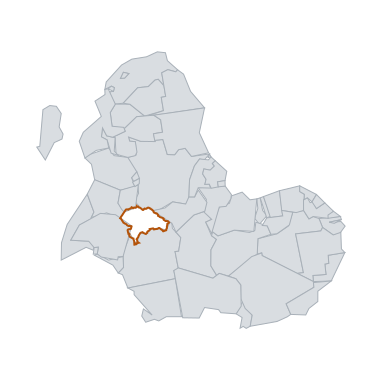 South Sudan highlighted on a map of Africa, rotated 169°
{"feature_id": "SSD", "entity_name": "South Sudan", "entity_type": "country or territory", "adm_level": 0, "iso_a3": "SSD", "parent_name": "Africa", "parent_adm1": "", "projection": "albers", "projection_center": [30.346, 7.857], "detail": "fine", "context": "in_parent", "style": "outline", "palette": "amber", "viewbox_px": 384, "rotation_deg": 169, "n_neighbors": 49, "source": "natural_earth", "source_scale": "50m", "svg_char_len": 13292}
<svg xmlns="http://www.w3.org/2000/svg" viewBox="0 0 384 384"><g transform="rotate(169 192 192)"><path d="M262.0,207.4L285.2,222.6L285.4,238.4L290.6,245.8L287.1,248.2L265.3,251.1L261.6,242.6L248.4,238.2L243.5,230.7L242.3,222.3L248.5,217.5L247.0,208.2L262.0,207.4Z" fill="#d9dde1" stroke="#a8b0b8" stroke-width="1"/><path d="M89.9,80.9L89.3,87.0L76.2,85.5L75.3,95.9L71.4,95.9L70.4,103.9L53.5,103.4L72.3,78.1L89.9,80.9Z" fill="#d9dde1" stroke="#a8b0b8" stroke-width="1"/><path d="M242.3,222.3L248.4,238.2L239.7,239.0L238.0,252.2L243.5,253.8L243.8,258.1L232.7,251.5L210.6,249.1L209.1,233.5L201.9,231.9L197.1,236.1L190.4,236.2L185.7,227.0L167.6,226.0L174.0,220.9L178.2,223.0L184.6,217.2L192.1,204.4L196.5,184.9L200.5,181.4L212.9,186.0L226.8,181.0L234.1,181.1L238.6,185.2L244.0,183.9L250.3,194.1L244.7,200.9L242.3,222.3Z" fill="#d9dde1" stroke="#a8b0b8" stroke-width="1"/><path d="M295.2,209.9L292.1,191.0L296.8,184.7L308.8,181.1L320.2,167.8L302.8,163.4L297.9,157.6L300.2,153.8L306.5,157.9L333.4,150.1L329.8,167.1L320.7,184.0L295.2,209.9Z" fill="#d9dde1" stroke="#a8b0b8" stroke-width="1"/><path d="M285.2,222.6L262.0,207.4L266.8,195.2L262.3,185.3L267.7,179.9L279.8,187.8L295.7,186.1L292.1,191.0L295.2,209.9L285.2,222.6Z" fill="#d9dde1" stroke="#a8b0b8" stroke-width="1"/><path d="M222.4,168.2L219.2,166.3L217.7,165.1L218.2,160.2L211.7,149.4L216.4,136.4L220.0,136.8L220.1,118.3L224.8,118.4L224.9,110.1L273.3,110.0L276.0,124.1L279.9,126.6L273.6,131.1L271.4,145.5L263.1,158.1L262.0,166.4L256.7,151.2L250.9,161.6L245.2,159.6L240.9,163.4L231.6,163.0L224.6,159.5L219.5,166.5L222.4,168.2Z" fill="#d9dde1" stroke="#a8b0b8" stroke-width="1"/><path d="M220.0,120.1L220.0,136.8L216.4,136.4L211.7,149.4L215.4,155.7L194.5,169.1L183.1,170.7L177.9,161.4L184.3,159.8L181.2,145.4L177.0,140.8L184.4,131.6L187.6,115.9L183.7,105.5L187.9,103.4L220.0,120.1Z" fill="#d9dde1" stroke="#a8b0b8" stroke-width="1"/><path d="M182.8,314.7L185.0,313.1L192.4,316.7L199.0,314.8L199.3,301.6L203.7,309.1L207.0,308.9L214.8,303.8L225.5,304.7L242.6,292.3L250.5,292.9L253.9,300.7L253.5,306.1L249.9,305.7L248.3,309.3L251.0,311.3L258.0,309.3L255.2,316.4L236.9,330.1L225.7,333.9L210.9,333.4L199.3,336.2L191.5,333.8L191.1,325.6L182.8,314.7ZM240.5,317.1L236.3,316.7L231.4,320.3L236.5,322.6L240.5,317.1Z" fill="#d9dde1" stroke="#a8b0b8" stroke-width="1"/><path d="M240.5,317.1L236.5,322.6L231.4,320.3L236.3,316.7L240.5,317.1Z" fill="#d9dde1" stroke="#a8b0b8" stroke-width="1"/><path d="M250.5,292.9L236.2,290.0L224.0,275.6L231.9,276.5L246.4,267.1L257.9,271.8L257.1,285.6L250.5,292.9Z" fill="#d9dde1" stroke="#a8b0b8" stroke-width="1"/><path d="M242.6,292.3L225.5,304.7L214.8,303.8L207.0,308.9L203.7,309.1L199.3,301.6L199.6,290.8L204.1,290.8L204.5,277.3L224.0,275.6L236.2,290.0L242.6,292.3Z" fill="#d9dde1" stroke="#a8b0b8" stroke-width="1"/><path d="M199.6,290.8L199.0,314.8L192.4,316.7L185.0,313.1L182.8,314.7L177.8,309.3L174.2,291.0L163.6,272.2L223.2,275.0L204.5,277.3L204.1,290.8L199.6,290.8Z" fill="#d9dde1" stroke="#a8b0b8" stroke-width="1"/><path d="M51.4,134.6L48.2,129.3L55.2,122.8L61.6,122.9L70.6,132.3L72.4,141.7L51.0,139.7L50.6,136.4L63.2,136.2L51.4,134.6Z" fill="#d9dde1" stroke="#a8b0b8" stroke-width="1"/><path d="M72.4,141.7L70.6,132.3L73.0,129.2L98.3,131.1L98.0,91.6L104.2,92.0L135.3,116.2L135.2,118.9L139.8,118.7L136.2,133.6L116.6,134.8L103.9,140.2L97.0,152.9L86.0,152.6L82.3,143.3L77.8,144.8L72.4,141.7Z" fill="#d9dde1" stroke="#a8b0b8" stroke-width="1"/><path d="M53.5,103.4L70.4,103.9L71.4,95.9L75.3,95.9L76.2,85.5L89.3,87.0L89.9,80.9L104.2,92.0L98.0,91.6L98.3,131.1L73.0,129.2L70.6,132.3L61.6,122.9L53.6,124.0L56.2,107.6L53.5,103.4Z" fill="#d9dde1" stroke="#a8b0b8" stroke-width="1"/><path d="M129.7,172.9L126.2,173.2L126.2,160.4L122.9,154.5L132.0,147.5L135.6,154.2L130.5,163.4L129.7,172.9Z" fill="#d9dde1" stroke="#a8b0b8" stroke-width="1"/><path d="M183.7,105.5L187.6,115.9L184.4,131.6L177.0,140.8L181.2,145.4L179.3,148.9L174.9,144.0L157.9,146.5L143.3,141.3L137.6,142.4L135.1,150.2L124.6,144.4L122.6,135.4L136.2,133.6L139.8,118.7L172.2,102.5L180.8,106.9L183.7,105.5Z" fill="#d9dde1" stroke="#a8b0b8" stroke-width="1"/><path d="M129.7,172.9L138.8,141.5L157.9,146.5L174.9,144.0L180.9,150.7L168.1,172.0L157.4,173.8L153.9,180.7L142.8,182.3L136.6,173.3L129.7,172.9Z" fill="#d9dde1" stroke="#a8b0b8" stroke-width="1"/><path d="M180.7,147.4L184.3,159.8L177.9,161.4L183.8,169.6L179.3,182.0L185.1,195.0L158.3,191.5L153.8,181.9L155.2,177.8L161.3,171.4L168.1,172.0L180.7,147.4Z" fill="#d9dde1" stroke="#a8b0b8" stroke-width="1"/><path d="M123.6,152.3L126.2,173.2L122.7,173.9L119.5,153.2L123.6,152.3Z" fill="#d9dde1" stroke="#a8b0b8" stroke-width="1"/><path d="M119.9,151.9L122.7,173.9L105.9,176.6L107.5,151.2L119.9,151.9Z" fill="#d9dde1" stroke="#a8b0b8" stroke-width="1"/><path d="M86.0,152.6L93.7,151.9L107.5,156.8L105.9,176.6L85.1,177.5L86.2,171.9L82.1,168.3L86.0,152.6Z" fill="#d9dde1" stroke="#a8b0b8" stroke-width="1"/><path d="M63.4,140.2L77.8,144.8L82.3,143.3L86.0,152.6L84.0,163.2L79.9,164.4L78.1,159.0L74.9,159.5L73.0,152.0L63.7,156.0L56.8,146.1L63.4,140.2Z" fill="#d9dde1" stroke="#a8b0b8" stroke-width="1"/><path d="M51.0,139.7L63.4,140.2L62.9,143.4L56.8,146.1L51.0,139.7Z" fill="#d9dde1" stroke="#a8b0b8" stroke-width="1"/><path d="M83.3,163.1L82.1,168.3L86.2,171.9L85.1,177.5L70.3,165.8L76.1,159.4L79.9,164.4L83.3,163.1Z" fill="#d9dde1" stroke="#a8b0b8" stroke-width="1"/><path d="M63.7,156.0L73.0,152.0L76.1,159.4L70.3,165.8L63.7,156.0Z" fill="#d9dde1" stroke="#a8b0b8" stroke-width="1"/><path d="M97.0,152.9L102.7,141.1L116.6,134.8L122.6,135.4L124.6,144.4L129.4,145.7L123.6,152.3L107.5,151.2L107.5,156.8L97.0,152.9Z" fill="#d9dde1" stroke="#a8b0b8" stroke-width="1"/><path d="M234.1,181.1L221.5,181.5L212.9,186.0L200.5,181.4L196.0,187.8L190.4,186.7L185.5,192.7L179.3,179.0L183.1,170.7L194.5,169.1L215.4,155.7L217.7,165.1L234.1,181.1Z" fill="#d9dde1" stroke="#a8b0b8" stroke-width="1"/><path d="M196.0,187.8L192.1,204.4L184.6,217.2L178.2,223.0L169.8,220.4L166.6,222.8L163.2,218.2L166.6,216.1L165.1,213.2L170.0,210.0L176.0,212.4L178.1,207.7L175.8,201.8L177.9,197.0L173.6,196.4L172.9,192.3L185.1,195.0L190.4,186.7L196.0,187.8Z" fill="#d9dde1" stroke="#a8b0b8" stroke-width="1"/><path d="M165.2,192.0L172.4,192.0L173.6,196.4L177.9,197.0L175.8,201.8L178.1,207.7L176.0,212.4L170.0,210.0L165.1,213.2L166.6,216.1L163.2,218.2L153.9,205.7L157.4,196.9L165.0,197.1L165.2,192.0Z" fill="#d9dde1" stroke="#a8b0b8" stroke-width="1"/><path d="M158.3,191.5L165.2,192.0L165.0,197.1L157.4,196.9L158.3,191.5Z" fill="#d9dde1" stroke="#a8b0b8" stroke-width="1"/><path d="M248.4,238.2L259.4,243.6L257.1,259.9L259.4,260.9L246.0,264.3L246.4,267.1L231.9,276.5L214.9,274.7L209.0,268.9L209.5,256.3L218.7,256.5L218.4,248.5L232.7,251.5L243.8,258.1L243.5,253.8L238.0,252.2L238.4,241.6L240.8,238.5L248.4,238.2Z" fill="#d9dde1" stroke="#a8b0b8" stroke-width="1"/><path d="M257.3,241.8L264.0,245.6L265.4,259.3L270.4,263.4L267.6,272.0L265.0,263.4L257.1,259.9L260.5,247.1L257.3,241.8Z" fill="#d9dde1" stroke="#a8b0b8" stroke-width="1"/><path d="M265.3,251.1L278.1,251.1L290.6,245.8L293.0,263.3L287.3,271.4L266.6,283.5L269.9,299.7L258.8,304.3L258.0,309.3L254.6,309.3L250.5,292.9L257.1,285.6L257.9,271.8L246.7,268.5L246.0,264.3L259.4,260.9L265.0,263.4L267.6,272.0L270.4,263.4L265.4,259.3L265.3,251.1Z" fill="#d9dde1" stroke="#a8b0b8" stroke-width="1"/><path d="M254.6,309.3L251.0,311.3L248.3,309.3L249.9,305.7L254.6,309.3Z" fill="#d9dde1" stroke="#a8b0b8" stroke-width="1"/><path d="M166.6,222.8L169.7,222.7L167.6,226.0L166.6,222.8ZM168.2,227.3L185.7,227.0L190.4,236.2L197.1,236.1L201.9,231.9L209.1,233.5L210.6,249.1L218.8,249.8L218.7,256.5L209.5,256.3L209.0,268.9L214.9,274.7L163.6,272.2L173.5,248.8L168.2,227.3Z" fill="#d9dde1" stroke="#a8b0b8" stroke-width="1"/><path d="M247.2,213.6L248.5,217.5L242.3,222.3L241.0,215.4L247.2,213.6Z" fill="#d9dde1" stroke="#a8b0b8" stroke-width="1"/><path d="M329.9,251.4L335.8,265.7L332.7,265.9L322.6,301.3L315.1,304.0L308.8,302.0L305.4,294.0L310.0,281.2L307.5,273.5L309.5,268.8L317.8,266.8L329.9,251.4Z" fill="#d9dde1" stroke="#a8b0b8" stroke-width="1"/><path d="M50.6,136.4L58.3,134.1L63.2,136.2L50.6,136.4Z" fill="#d9dde1" stroke="#a8b0b8" stroke-width="1"/><path d="M163.4,74.6L156.4,59.6L160.5,49.1L164.8,47.8L167.4,50.3L170.8,49.1L166.8,59.2L171.9,64.0L163.4,74.6Z" fill="#d9dde1" stroke="#a8b0b8" stroke-width="1"/><path d="M89.9,80.9L90.5,75.2L120.9,64.3L118.4,53.0L122.3,51.3L133.1,48.7L160.5,49.1L156.4,59.6L162.0,67.5L164.5,78.1L161.9,91.4L165.5,98.5L172.2,102.5L145.7,117.2L135.2,118.9L135.3,116.2L89.9,80.9Z" fill="#d9dde1" stroke="#a8b0b8" stroke-width="1"/><path d="M272.0,141.8L273.6,131.1L279.9,126.6L283.6,135.3L299.8,148.5L296.8,149.3L286.9,141.1L272.0,141.8Z" fill="#d9dde1" stroke="#a8b0b8" stroke-width="1"/><path d="M72.3,78.1L87.4,70.6L89.4,60.5L99.4,55.4L103.8,49.6L118.4,53.0L120.9,64.3L90.5,75.2L90.1,79.9L72.3,78.1Z" fill="#d9dde1" stroke="#a8b0b8" stroke-width="1"/><path d="M273.3,110.0L224.9,110.1L226.1,71.6L241.0,74.5L249.2,71.8L253.2,74.2L262.3,73.0L265.0,79.8L262.0,86.5L254.6,78.8L268.4,102.2L267.8,105.6L273.3,110.0Z" fill="#d9dde1" stroke="#a8b0b8" stroke-width="1"/><path d="M225.1,70.3L224.8,118.4L220.0,120.1L187.9,103.4L180.8,106.9L165.5,98.5L161.9,91.4L165.5,70.5L171.9,64.0L186.7,68.0L188.4,71.5L201.7,76.2L209.0,66.9L225.1,70.3Z" fill="#d9dde1" stroke="#a8b0b8" stroke-width="1"/><path d="M320.2,167.8L308.8,181.1L286.0,188.5L271.4,184.3L257.7,170.2L272.0,141.8L276.8,142.6L278.0,139.5L293.5,145.5L296.8,149.3L294.5,155.7L298.7,156.1L302.8,163.4L320.2,167.8Z" fill="#d9dde1" stroke="#a8b0b8" stroke-width="1"/><path d="M296.8,149.3L300.8,149.8L298.7,156.1L294.5,155.7L296.8,149.3Z" fill="#d9dde1" stroke="#a8b0b8" stroke-width="1"/><path d="M262.0,207.4L243.4,209.1L250.5,187.3L262.3,185.3L264.3,188.2L266.8,195.2L262.0,207.4Z" fill="#d9dde1" stroke="#a8b0b8" stroke-width="1"/><path d="M247.0,208.2L248.5,213.0L241.0,215.4L242.2,210.2L247.0,208.2Z" fill="#d9dde1" stroke="#a8b0b8" stroke-width="1"/><path d="M262.2,185.4L261.2,186.4L260.4,187.2L260.3,187.3L260.1,187.4L259.4,187.4L258.7,187.3L258.0,186.9L257.3,187.2L256.9,187.4L256.6,187.4L256.0,187.5L255.2,187.7L254.8,187.9L254.6,188.1L254.4,188.4L254.3,188.5L254.2,188.4L253.5,188.1L253.3,187.6L253.1,187.4L252.9,187.3L252.2,187.7L251.8,187.8L251.5,187.8L251.0,187.5L250.4,187.3L250.1,187.3L249.7,187.6L249.2,188.0L248.9,188.4L248.8,188.6L248.7,188.4L248.6,188.2L248.2,187.9L248.0,188.0L247.7,188.0L247.6,187.9L247.6,187.6L247.5,187.3L247.4,187.1L247.0,186.9L246.1,186.5L245.3,185.7L245.0,185.3L244.7,185.0L244.3,184.4L243.9,183.9L243.3,183.7L243.0,183.8L242.6,184.3L241.9,184.7L241.6,184.8L241.2,184.5L240.7,184.3L239.8,184.3L239.5,184.5L239.0,184.8L238.6,185.0L238.3,185.0L238.1,185.0L237.8,184.9L237.5,184.9L237.1,184.6L236.8,184.4L236.7,184.1L236.4,184.0L236.1,183.8L235.8,183.6L235.7,183.4L235.5,183.1L235.3,182.8L234.6,182.3L234.4,182.0L234.2,181.7L233.9,181.3L233.6,180.9L233.5,180.2L233.5,179.7L233.4,179.5L233.3,179.2L233.1,179.0L232.9,178.8L232.3,178.5L231.7,178.1L231.4,177.8L230.8,177.8L230.5,177.5L230.2,177.0L230.1,176.6L229.8,176.3L229.7,176.1L229.6,175.9L229.9,175.1L229.5,174.8L229.0,174.5L228.7,174.1L228.5,173.7L227.9,173.3L226.5,172.5L225.7,172.1L225.3,171.7L224.9,171.3L224.9,171.1L225.2,170.7L225.2,170.4L225.0,170.0L224.2,169.4L223.6,168.6L223.1,168.4L221.9,168.2L221.6,168.1L221.2,167.9L220.9,167.6L220.7,167.2L220.9,166.6L220.8,166.4L220.6,166.3L220.7,166.2L220.9,165.9L221.3,165.7L222.3,165.4L222.3,164.9L222.4,164.7L222.8,164.2L222.8,163.5L222.9,163.3L223.0,163.1L223.2,162.9L223.3,162.7L223.4,162.3L223.4,161.6L223.5,161.4L224.1,160.7L224.3,160.4L224.4,160.2L224.4,159.9L224.4,159.7L224.6,159.4L225.2,159.3L225.5,159.3L227.6,158.9L227.9,159.0L228.0,159.3L228.0,159.7L228.0,159.9L228.1,160.0L228.5,160.2L228.7,160.5L228.8,160.7L229.2,160.9L230.8,162.8L231.2,163.0L231.7,162.9L232.5,162.5L233.0,162.4L236.0,162.6L236.4,162.5L236.8,163.4L237.1,163.7L240.4,163.7L240.3,163.4L240.4,163.1L240.8,162.7L241.0,162.5L241.6,162.2L242.1,162.0L243.0,161.8L243.4,161.5L243.6,161.2L243.6,160.5L243.7,160.4L244.0,160.3L245.1,159.8L245.3,159.6L247.2,160.9L248.4,161.9L248.4,162.0L248.5,162.0L248.6,161.9L249.2,161.9L250.1,161.8L250.4,161.7L252.2,159.9L252.7,159.3L252.8,159.2L253.0,158.8L253.3,158.1L255.3,156.3L255.4,156.2L255.1,155.5L255.0,155.2L255.0,154.8L255.1,154.1L255.1,153.6L253.9,152.3L256.7,152.2L256.6,151.9L256.6,151.7L256.6,151.4L258.6,151.3L258.6,151.7L258.4,152.5L258.4,153.0L258.3,153.6L258.2,153.7L258.2,153.8L258.1,154.0L258.5,157.2L258.5,157.3L258.4,157.5L259.3,158.0L259.8,158.4L261.6,159.9L261.6,160.0L261.8,160.5L261.8,161.0L261.9,161.3L261.6,162.0L261.5,162.4L261.5,162.7L261.5,162.9L261.6,163.0L262.4,163.1L262.4,164.1L262.5,164.8L262.5,166.1L262.5,166.4L262.5,166.8L262.4,167.0L262.2,167.2L261.9,167.4L261.2,167.5L260.6,167.5L260.2,167.4L259.6,167.4L259.1,167.5L258.9,167.6L258.6,168.3L258.2,169.2L258.0,169.5L257.9,169.8L258.0,169.9L258.2,170.1L258.9,170.3L259.6,170.5L260.1,170.6L260.4,170.6L260.7,170.7L261.7,171.4L262.0,171.7L262.2,172.0L262.3,172.3L262.4,172.6L263.0,173.2L263.3,173.5L264.2,174.0L264.5,174.5L264.9,174.7L265.2,175.0L265.3,175.4L265.7,176.5L266.0,177.1L266.2,177.6L266.4,178.4L266.6,178.7L266.8,179.2L267.1,179.6L267.5,179.9L266.8,180.7L266.0,181.6L264.9,182.6L263.9,183.7L263.0,184.6L262.2,185.4Z" fill="none" stroke="#b45309" stroke-width="2"/></g></svg>